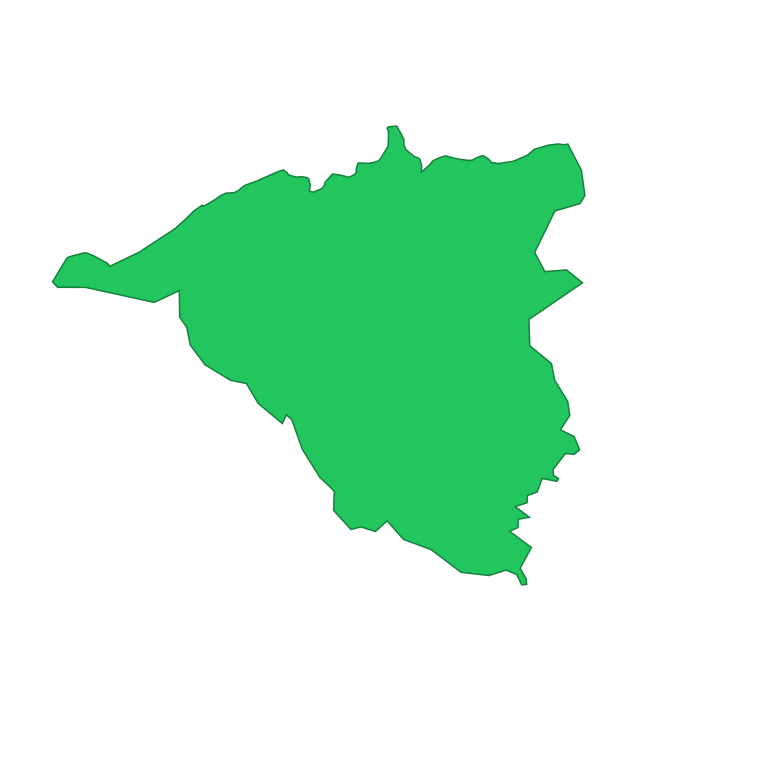 the district of Gevgelija, Gevgelija, North Macedonia, rotated 157°
{"feature_id": "65306769B17532316382540", "entity_name": "Gevgelija", "entity_type": "district", "adm_level": 2, "iso_a3": "MKD", "parent_name": "North Macedonia", "parent_adm1": "Gevgelija", "projection": "equal_earth", "projection_center": [22.386, 41.253], "detail": "fine", "context": "isolated", "style": "filled", "palette": "green", "viewbox_px": 768, "rotation_deg": 157, "n_neighbors": 0, "source": "geoboundaries", "source_scale": "gbopen_adm2", "svg_char_len": 2175}
<svg xmlns="http://www.w3.org/2000/svg" viewBox="0 0 768 768"><g transform="rotate(157 384 384)"><path d="M225.2,282.5L221.7,296.3L225.4,320.9L221.9,337.4L234.9,362.2L225.4,386.8L161.8,399.6L171.4,417.7L192.0,424.6L193.9,446.2L159.1,476.5L133.0,473.5L125.4,479.0L118.8,503.6L121.0,533.0L124.8,533.9L129.9,536.9L139.4,539.6L153.8,541.3L163.0,538.5L175.2,538.5L178.3,538.6L192.5,542.2L198.7,546.0L199.1,547.9L199.9,550.2L203.4,555.4L207.6,556.1L210.6,556.0L215.4,555.6L219.1,556.9L228.7,562.7L238.3,570.0L244.9,570.7L251.8,570.3L255.8,568.2L260.7,566.4L266.9,564.4L264.0,570.2L263.2,577.0L263.7,577.9L264.2,578.7L265.1,579.6L267.0,581.1L270.5,587.8L272.3,591.3L272.2,596.5L270.2,601.1L270.6,608.2L271.5,616.4L279.1,618.9L281.2,618.4L281.3,616.5L281.2,614.5L287.3,601.3L299.0,592.9L302.1,591.6L305.4,591.7L312.2,593.2L319.1,596.6L321.6,597.5L324.8,593.7L327.5,589.1L329.7,588.3L333.8,588.0L335.3,587.9L343.5,594.0L349.3,597.4L359.4,592.8L360.9,590.4L364.9,588.2L373.9,588.1L376.9,590.3L377.2,591.3L375.9,592.9L374.2,596.0L373.4,600.2L373.1,602.2L374.2,604.1L378.7,607.0L383.2,608.4L384.7,609.4L389.9,613.4L390.9,616.8L392.9,620.4L399.1,620.9L414.1,620.7L421.8,620.5L434.2,621.2L438.5,620.3L442.6,618.9L447.2,618.6L454.6,621.4L460.8,621.3L467.7,619.7L480.0,618.1L481.6,619.6L491.0,617.7L502.6,613.1L515.5,608.7L529.6,606.1L553.2,601.9L554.6,601.6L556.1,601.3L557.8,601.0L575.6,600.2L590.2,599.5L591.6,603.4L600.6,614.8L606.7,621.0L609.0,621.9L621.1,623.7L624.9,624.1L626.9,623.7L649.2,607.6L646.6,600.5L620.9,589.5L563.7,548.9L535.9,550.0L546.0,525.3L543.4,513.0L547.1,495.6L541.2,471.6L523.9,447.4L510.5,438.2L507.3,415.1L493.0,387.3L485.9,393.8L482.8,387.1L484.7,355.9L479.6,323.4L471.6,304.8L479.8,287.3L471.2,263.0L461.0,261.4L449.5,251.6L434.6,256.8L426.7,233.2L405.4,213.2L386.6,180.5L362.2,166.7L344.4,165.0L336.3,156.8L335.7,145.2L330.9,143.9L329.3,149.0L330.6,161.3L312.2,175.9L326.0,199.4L316.8,199.5L313.1,207.0L302.2,204.5L311.2,219.9L298.6,218.8L295.8,225.3L285.1,224.8L275.3,235.2L262.9,226.9L260.3,228.7L263.7,233.9L261.7,239.3L244.3,249.1L236.5,245.0L229.6,247.0L229.5,261.4L239.6,272.9L225.2,282.5Z" fill="#22c55e" stroke="#15803d" stroke-width="1.5"/></g></svg>